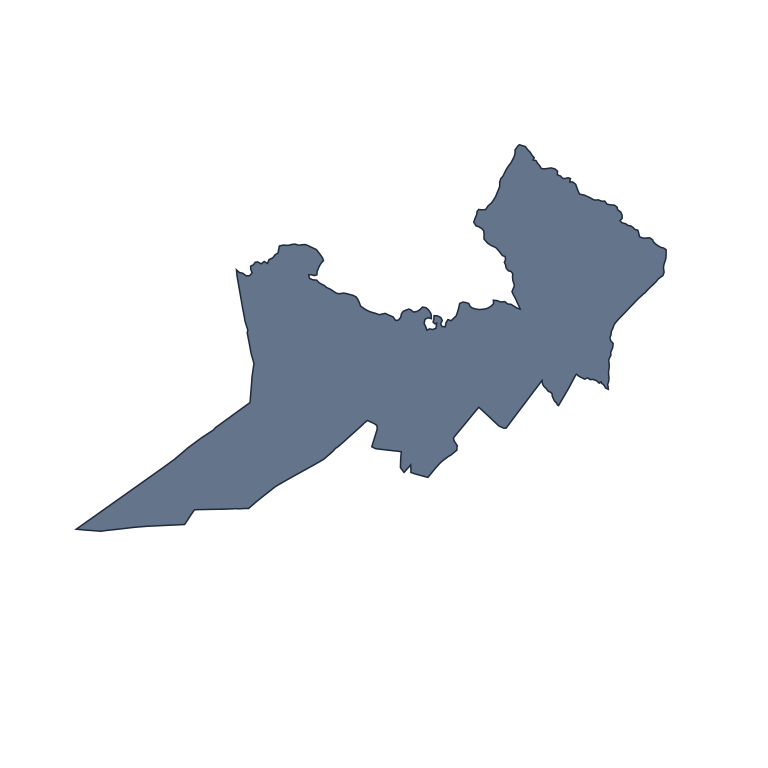 the district of Marakwet West, Rift Valley, Kenya, rotated 299°
{"feature_id": "3690345B12316778885623", "entity_name": "Marakwet West", "entity_type": "district", "adm_level": 2, "iso_a3": "KEN", "parent_name": "Kenya", "parent_adm1": "Rift Valley", "projection": "mercator", "projection_center": [35.451, 1.024], "detail": "fine", "context": "isolated", "style": "filled", "palette": "slate", "viewbox_px": 768, "rotation_deg": 299, "n_neighbors": 0, "source": "geoboundaries", "source_scale": "gbopen_adm2", "svg_char_len": 6171}
<svg xmlns="http://www.w3.org/2000/svg" viewBox="0 0 768 768"><g transform="rotate(299 384 384)"><path d="M654.1,447.5L653.7,445.0L651.8,443.1L650.4,440.7L651.5,437.6L651.0,434.2L654.3,432.6L655.0,429.2L654.0,425.4L652.2,423.0L650.3,420.5L649.6,419.4L648.8,417.1L650.4,414.3L651.5,411.3L653.1,408.6L652.2,405.8L654.7,405.7L655.8,402.7L657.6,399.5L658.6,396.0L660.2,392.5L658.9,386.4L657.5,385.8L652.2,385.1L649.7,386.6L646.6,387.5L643.2,387.7L639.0,387.8L634.7,387.1L630.4,386.9L626.4,387.1L623.3,387.3L620.6,386.6L617.3,387.1L616.5,387.4L612.6,389.5L604.8,390.4L601.7,390.8L598.6,390.6L594.2,390.2L590.5,388.7L585.9,388.3L584.0,385.6L582.6,382.2L579.7,381.8L577.1,382.9L573.1,383.3L569.1,384.0L566.9,387.8L567.5,390.8L567.3,394.0L566.3,397.0L563.5,398.9L560.5,400.5L559.2,401.3L558.7,402.8L557.4,406.3L557.1,410.5L557.5,415.7L556.0,420.2L553.7,425.3L554.2,428.2L551.6,430.0L548.7,430.3L547.3,432.4L544.6,434.7L543.3,437.9L544.0,440.6L542.7,443.3L540.2,444.3L537.0,446.5L533.6,450.1L532.4,450.5L526.9,451.1L526.2,452.0L524.7,453.9L522.6,457.4L522.1,458.1L520.0,460.8L517.6,464.2L515.5,466.7L514.9,463.6L515.1,459.8L515.3,456.5L514.0,453.5L514.6,449.6L512.3,446.3L511.8,442.6L510.3,439.0L507.4,440.9L503.7,439.8L500.3,437.7L499.5,437.0L498.1,435.3L496.7,433.3L495.4,431.4L495.0,430.4L493.9,427.3L493.3,424.4L493.6,421.8L495.5,419.1L494.9,415.9L493.9,413.3L491.1,411.1L486.9,412.4L483.0,413.3L478.7,414.1L471.9,412.0L471.4,408.7L467.9,408.5L463.7,409.8L462.9,408.1L462.4,406.8L464.2,404.3L467.9,404.2L469.7,401.3L469.5,397.6L468.0,394.6L465.0,396.2L461.9,396.9L461.3,399.4L462.7,400.6L458.0,402.4L455.2,400.1L454.3,397.1L451.9,395.4L454.0,393.1L455.0,391.8L456.5,389.7L460.5,388.5L463.3,390.5L464.1,393.8L466.6,392.3L468.0,391.2L468.7,390.3L470.4,387.0L471.1,383.9L470.0,380.4L466.5,379.4L463.3,377.6L461.2,374.9L461.8,371.7L461.7,370.2L461.5,369.3L459.0,367.2L456.9,365.6L453.9,365.2L450.4,366.3L446.9,365.6L445.2,363.4L447.1,359.4L446.6,354.6L446.4,350.9L444.2,348.3L442.3,346.3L441.7,342.4L440.7,338.1L440.2,334.5L440.3,330.2L440.8,325.7L443.1,323.1L444.9,320.8L446.6,317.7L446.6,314.8L446.4,313.3L445.7,310.7L445.3,308.8L445.1,307.9L443.9,304.5L441.6,301.6L440.4,298.9L440.5,295.9L440.9,291.3L440.6,287.2L441.2,284.0L441.1,281.2L441.1,278.0L442.2,274.8L440.6,271.1L440.3,267.6L443.0,265.2L444.4,267.7L445.0,270.5L447.0,272.4L449.9,271.0L453.4,270.5L456.4,270.3L457.9,270.4L459.3,270.5L462.7,271.2L464.6,268.9L466.5,265.1L468.8,259.7L468.3,252.0L468.0,248.1L466.3,245.0L464.0,242.2L463.4,238.7L461.8,236.2L458.7,232.9L456.8,228.7L454.0,225.6L450.0,226.8L447.3,227.8L444.3,226.1L440.6,225.6L437.0,223.1L433.0,223.7L433.1,219.8L429.6,218.4L429.5,214.2L428.0,212.3L425.0,212.0L422.4,210.2L419.5,212.1L417.3,214.7L413.6,214.0L411.8,211.0L412.4,206.6L411.4,203.6L412.3,199.6L407.2,203.1L381.4,223.9L375.3,229.0L371.2,232.3L365.1,238.8L362.5,239.5L353.9,246.7L346.0,253.2L338.9,260.3L326.0,265.2L322.3,267.0L302.8,275.8L293.2,271.3L264.0,257.7L261.1,257.1L249.0,250.7L233.7,243.7L232.5,243.2L231.2,242.8L216.4,237.2L203.7,231.3L107.8,185.2L111.0,192.6L118.0,207.8L121.0,211.8L130.2,224.8L137.6,235.1L144.9,246.1L164.4,277.7L169.8,278.2L174.7,278.5L182.0,279.2L183.8,282.0L192.8,297.5L196.2,303.5L200.9,311.3L202.2,313.4L202.9,314.3L204.2,317.2L207.7,322.7L209.4,325.9L218.0,329.0L225.8,332.1L233.3,335.3L238.6,337.5L240.8,338.4L241.9,339.0L244.3,340.3L248.2,342.7L253.9,346.1L280.3,362.6L284.1,364.9L289.0,367.8L299.4,371.6L300.6,372.0L304.6,372.9L305.5,373.6L308.5,374.8L312.8,376.4L328.0,381.6L336.0,384.4L337.1,384.7L338.8,385.3L339.7,385.4L344.0,387.2L344.3,389.8L344.6,394.0L344.6,395.2L344.3,397.2L344.1,398.0L341.5,399.8L338.1,400.6L323.2,403.7L323.3,407.5L323.6,408.7L326.4,415.5L330.6,425.7L331.2,426.9L331.7,428.0L332.4,430.1L333.1,432.0L329.6,433.5L325.2,435.6L319.0,438.8L318.1,440.4L316.4,444.4L326.2,446.6L322.6,448.8L319.7,450.4L320.3,454.3L322.8,464.6L323.6,467.7L334.1,469.6L341.3,471.2L344.0,472.0L346.6,473.1L351.7,475.4L354.5,477.1L359.5,479.0L360.6,479.5L361.5,479.8L363.4,478.8L364.3,478.4L365.5,478.2L366.2,476.7L367.0,475.5L367.3,474.5L368.5,472.8L369.5,471.7L370.5,471.0L371.6,471.1L372.8,471.3L377.2,472.1L381.6,472.9L389.3,474.4L399.9,476.3L409.6,478.2L407.6,486.7L405.3,495.7L404.6,498.4L403.0,504.9L403.4,510.1L404.6,512.2L409.0,512.8L429.3,515.6L435.1,516.5L443.6,517.6L455.7,519.4L463.7,520.5L462.7,521.2L461.2,522.5L460.2,523.6L459.6,524.7L459.0,526.5L458.7,528.2L457.7,530.1L457.3,531.2L457.3,532.1L457.6,533.5L457.2,534.8L456.6,536.1L455.4,536.7L454.6,537.4L454.1,538.1L452.2,540.7L451.8,541.5L451.4,542.3L451.2,543.7L450.2,545.2L449.8,545.9L449.7,547.1L457.5,547.3L470.1,547.6L484.9,547.3L485.9,547.6L485.7,548.7L485.4,549.5L485.3,551.4L485.3,552.9L485.5,555.5L485.4,556.4L485.6,557.3L487.2,558.3L488.0,559.0L488.1,560.5L487.7,561.5L487.9,562.5L488.5,563.3L489.4,564.4L489.4,565.7L489.7,566.8L489.8,567.8L489.8,568.8L489.6,569.9L489.1,571.0L489.2,571.9L490.4,572.2L491.1,573.1L490.1,573.7L490.0,574.8L490.0,575.7L489.7,576.7L489.1,577.7L488.7,578.8L487.9,579.6L488.2,580.9L488.0,581.8L488.1,582.8L490.2,581.4L492.1,579.8L494.8,579.4L498.0,578.1L501.3,575.8L503.9,574.3L507.1,573.2L510.8,571.2L513.5,569.1L516.0,568.6L519.1,568.6L521.5,567.0L526.7,566.4L530.5,564.8L531.8,561.3L533.9,559.1L536.7,558.8L540.2,557.4L542.1,557.2L543.5,557.2L546.7,556.6L549.5,556.7L555.1,557.9L562.4,559.9L570.9,562.1L582.5,565.2L586.7,566.7L588.1,567.0L590.1,568.0L591.9,568.4L595.4,569.3L597.2,569.8L601.6,571.3L605.4,572.4L608.3,572.8L611.5,574.1L614.0,575.4L617.5,574.8L621.5,571.9L624.0,571.0L630.4,569.7L634.5,567.7L638.2,565.7L638.5,562.7L637.7,559.7L637.8,556.7L638.2,553.3L639.1,550.4L639.9,549.6L640.4,548.8L640.6,546.8L640.7,545.6L639.4,543.4L637.9,541.2L637.4,540.2L637.0,538.9L636.7,536.1L639.5,533.6L641.6,531.4L640.8,528.5L641.7,525.7L641.9,522.9L641.0,520.7L641.3,517.7L640.4,514.0L641.3,511.2L644.4,512.0L647.1,510.4L649.3,507.5L649.6,504.2L650.9,502.7L651.7,502.2L652.1,498.7L650.6,495.5L649.4,491.9L651.0,488.4L649.4,485.8L649.0,482.2L647.0,479.2L646.8,477.4L646.8,473.8L646.6,470.7L646.3,467.4L644.9,463.0L647.4,459.6L651.6,454.8L652.2,451.0L650.8,448.6L653.1,447.7L654.1,447.5Z" fill="#64748b" stroke="#1e293b" stroke-width="1.5"/></g></svg>